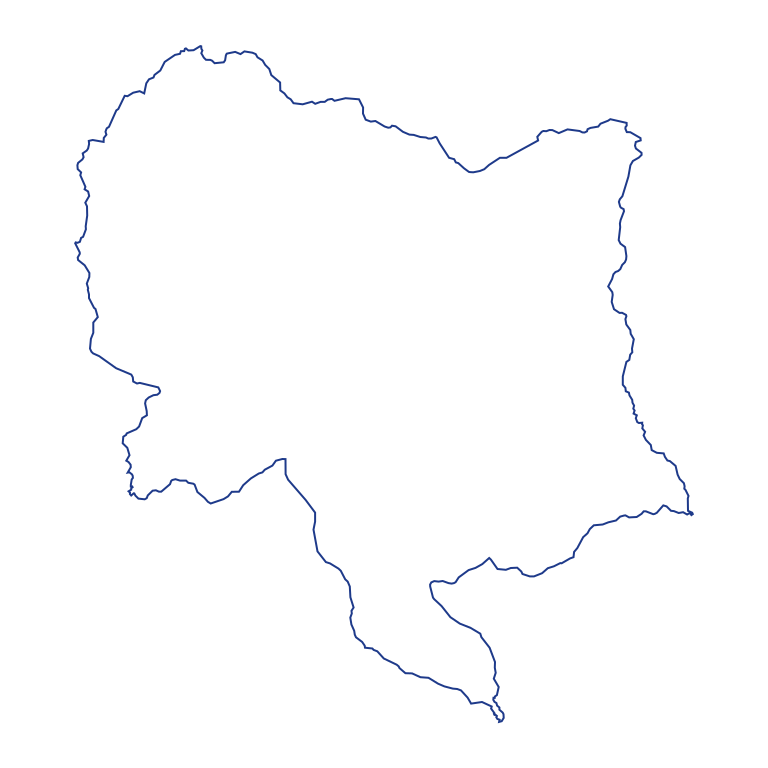 Mamasa, Sulawesi Barat, Indonesia (Albers equal-area conic projection)
{"feature_id": "22746128B65559589019405", "entity_name": "Mamasa", "entity_type": "district", "adm_level": 2, "iso_a3": "IDN", "parent_name": "Indonesia", "parent_adm1": "Sulawesi Barat", "projection": "albers", "projection_center": [119.392, -2.996], "detail": "fine", "context": "isolated", "style": "outline", "palette": "blue", "viewbox_px": 768, "rotation_deg": 0, "n_neighbors": 0, "source": "geoboundaries", "source_scale": "gbopen_adm2", "svg_char_len": 6023}
<svg xmlns="http://www.w3.org/2000/svg" viewBox="0 0 768 768"><path d="M128.6,491.3L130.0,492.6L129.9,494.0L131.2,495.5L133.7,493.3L134.3,493.4L135.4,495.6L138.4,498.6L144.7,499.3L146.7,498.2L147.8,495.4L152.6,490.7L155.9,490.3L159.0,491.7L161.2,491.7L170.0,484.2L171.2,480.9L172.3,480.0L175.5,479.2L180.0,480.6L186.1,480.6L188.3,482.8L193.3,483.7L194.6,484.6L197.4,492.0L204.5,497.9L207.9,501.8L210.7,503.5L223.6,499.1L228.0,496.4L231.8,491.8L239.0,491.7L243.2,485.2L250.9,478.4L258.8,473.5L262.4,472.4L264.8,469.7L272.4,465.6L275.9,460.7L282.4,459.0L285.5,459.1L285.6,474.2L288.1,479.7L305.6,499.9L315.1,512.6L315.1,521.6L313.5,529.6L317.5,551.4L325.9,562.1L330.0,563.4L338.5,568.6L340.8,570.8L345.2,579.3L347.7,581.6L349.8,586.5L350.4,597.3L353.6,607.5L351.5,610.8L351.8,613.5L350.3,617.6L351.4,624.5L354.2,630.8L354.8,634.7L356.0,637.3L362.2,642.0L364.7,645.7L365.0,647.7L372.4,648.5L373.6,649.9L377.3,651.3L383.8,658.5L396.7,664.7L398.7,666.4L399.5,668.1L405.4,673.2L412.1,673.4L420.4,677.2L428.5,677.8L438.1,683.7L444.4,686.4L452.8,688.6L457.2,689.0L461.0,690.4L467.6,697.6L471.1,703.6L482.0,702.0L491.7,706.5L491.1,708.6L494.4,713.1L493.9,713.8L494.5,714.9L495.4,714.7L496.9,716.0L496.3,717.2L497.3,718.9L499.6,719.7L499.1,721.9L501.7,721.2L503.7,717.9L503.5,714.2L502.7,712.6L499.4,709.7L499.4,707.5L497.1,705.6L496.4,703.0L494.5,701.9L493.3,699.8L493.5,697.8L494.7,697.9L494.9,696.5L496.9,695.1L498.7,687.0L493.8,678.7L495.7,672.8L494.8,667.7L495.0,662.0L489.6,647.7L481.4,637.2L480.3,633.7L470.6,627.9L459.8,623.6L450.4,617.2L441.6,606.1L434.2,599.2L433.0,597.6L430.2,586.6L430.1,584.6L431.3,582.4L434.2,581.1L438.6,581.6L442.7,581.0L448.5,583.1L451.6,583.6L454.0,583.1L455.6,582.2L458.7,577.4L468.6,570.1L475.5,567.9L482.3,564.1L489.2,558.0L490.9,559.6L497.5,569.0L505.9,569.8L510.8,568.0L517.2,567.7L521.3,571.5L522.5,574.0L529.8,576.4L534.0,576.4L542.1,573.2L547.8,568.2L553.9,566.3L560.3,563.1L561.6,563.3L570.1,558.4L573.5,557.2L574.1,551.9L577.3,548.1L583.2,537.1L587.5,533.3L589.8,529.1L593.8,525.3L602.7,524.5L608.4,522.3L616.0,520.5L620.2,516.6L624.2,515.5L625.5,515.4L629.1,517.4L636.7,517.0L641.6,513.8L643.7,511.3L645.8,511.3L653.2,514.2L654.7,513.9L656.8,512.8L663.3,505.4L666.6,506.4L671.0,510.8L673.9,511.1L678.7,513.0L683.1,512.2L687.1,514.5L689.2,513.3L690.5,513.8L691.4,515.1L692.8,514.1L692.2,512.7L688.0,510.8L687.8,498.5L688.5,495.9L685.5,489.9L684.3,488.7L684.6,486.2L683.9,483.2L679.7,479.0L677.6,474.6L675.6,465.9L669.9,461.1L667.4,460.5L664.9,456.8L663.7,453.4L656.8,452.8L651.7,450.1L650.8,445.0L645.9,439.9L643.6,435.4L645.1,431.8L642.3,428.4L642.9,425.3L642.1,424.3L642.2,422.7L638.9,423.0L637.3,422.1L635.8,418.2L636.8,415.3L633.6,413.6L634.6,410.5L633.3,408.7L634.1,405.6L632.5,402.7L632.2,399.8L629.5,395.4L628.9,392.6L625.8,391.3L625.4,387.8L622.8,384.8L622.8,376.4L626.4,361.9L629.3,359.9L630.2,354.7L632.3,352.3L632.0,348.6L633.8,339.2L630.7,333.8L630.3,330.0L626.3,324.5L625.4,319.1L626.4,316.2L626.0,314.9L622.1,312.8L619.5,312.9L614.0,309.2L611.7,301.9L612.7,294.9L612.3,292.2L608.2,286.5L612.1,279.0L613.4,274.3L615.5,272.0L618.2,271.0L620.3,269.1L622.2,264.9L624.9,262.2L626.1,259.4L626.4,256.1L625.1,247.1L620.5,243.7L618.7,240.1L620.2,227.2L619.9,223.6L620.6,220.1L624.0,211.2L623.6,209.1L621.1,207.8L620.2,206.7L618.9,201.9L619.8,199.3L622.4,196.2L628.4,176.6L630.4,165.3L632.9,161.0L638.8,157.6L641.6,154.9L641.5,152.8L635.9,148.5L635.0,145.7L635.8,142.0L640.7,140.4L640.5,138.1L630.3,132.2L626.8,132.1L625.4,128.8L625.5,127.1L626.7,125.6L626.6,122.9L610.3,119.2L608.1,120.7L600.5,123.7L598.2,126.6L590.5,127.9L587.6,129.2L587.0,131.3L584.6,132.5L582.4,132.4L579.6,131.0L567.5,129.4L558.8,133.1L552.4,130.1L549.5,130.0L546.3,131.2L543.3,131.0L541.7,131.8L537.3,136.8L538.1,140.5L506.5,157.8L499.9,157.8L489.1,164.9L484.3,169.2L479.9,171.0L473.3,172.3L470.0,172.1L468.9,171.9L463.9,168.2L458.3,163.1L455.8,162.4L454.2,159.2L449.1,157.8L439.7,143.4L436.6,137.4L435.5,136.9L431.4,138.5L428.2,138.5L426.0,137.5L420.3,137.0L413.7,134.9L409.4,134.6L402.9,131.8L395.6,126.3L392.0,125.7L390.4,127.4L388.2,127.7L384.6,126.5L375.4,121.0L370.8,121.6L365.7,119.7L363.0,113.6L363.1,107.5L359.0,99.3L345.6,98.2L334.5,100.8L332.1,99.0L331.0,99.0L327.7,99.7L324.7,101.9L320.5,101.9L315.2,103.8L312.0,101.7L302.7,104.3L293.5,103.2L290.7,99.3L287.4,97.3L284.4,93.4L280.3,90.4L280.1,82.5L271.3,75.1L269.3,69.0L265.2,64.9L262.6,60.5L257.5,57.3L255.7,54.1L252.4,52.7L244.4,51.4L240.5,54.1L235.2,51.9L227.8,53.4L226.7,53.7L225.9,55.3L225.1,60.3L223.7,62.3L214.6,63.2L212.1,60.7L210.3,59.9L206.0,59.8L203.8,57.6L201.3,53.2L202.4,50.5L201.4,48.9L201.2,46.3L200.3,46.1L193.6,50.2L188.4,50.5L185.9,48.4L184.9,48.8L184.2,51.1L180.9,51.2L180.0,53.8L175.0,54.9L164.7,61.9L160.3,70.5L154.5,74.9L153.5,77.5L149.0,79.3L146.3,83.3L144.2,93.4L139.7,91.2L133.2,92.7L127.5,96.2L124.7,95.8L118.3,109.0L116.3,110.4L109.0,126.8L106.8,128.3L106.2,129.6L105.5,131.8L106.4,134.7L103.8,137.9L103.6,141.9L92.7,140.0L88.8,140.9L89.1,144.0L88.1,148.5L86.8,150.5L82.7,153.4L83.6,157.2L82.4,159.4L78.1,162.9L77.4,165.2L77.7,169.1L81.1,172.4L80.3,175.2L85.4,186.8L84.6,189.3L88.1,191.5L89.2,196.0L85.3,202.7L87.0,206.3L87.2,215.6L85.7,226.3L85.9,229.3L83.1,236.8L81.1,237.9L79.9,241.8L77.5,242.8L75.7,242.4L75.2,243.3L79.7,252.3L79.8,253.8L77.7,257.5L78.1,260.0L84.7,265.3L89.4,273.0L89.3,277.0L86.8,283.6L88.2,288.3L87.8,289.7L89.0,294.4L89.0,298.1L94.0,307.8L95.5,309.0L97.8,317.1L93.3,322.5L93.3,332.8L90.9,338.9L90.0,348.6L91.4,351.7L93.1,353.4L99.1,356.1L116.1,368.2L131.3,374.6L132.8,377.3L133.2,381.5L137.0,383.5L139.8,382.9L158.3,387.4L160.1,391.1L159.5,392.9L157.3,394.7L153.4,395.2L148.7,397.5L145.8,400.2L145.1,403.4L146.7,411.1L146.9,415.3L142.2,418.1L139.1,426.5L136.3,429.2L126.7,433.4L126.1,434.9L123.3,436.7L122.7,443.3L127.3,447.8L129.5,455.2L126.3,460.7L128.5,462.0L130.6,464.7L130.8,467.2L127.7,472.6L129.4,472.3L132.0,474.4L132.7,475.8L132.9,477.9L131.7,479.5L130.8,485.0L130.8,486.4L132.2,486.4L132.6,487.2L131.2,488.3L131.2,489.7L128.6,491.3Z" fill="none" stroke="#1e3a8a" stroke-width="2"/></svg>